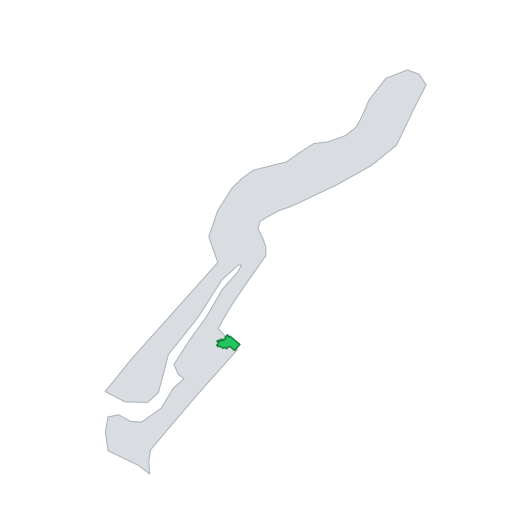 location of Foni Jarrol, West Coast, Gambia, rotated 311°
{"feature_id": "56634734B7386392108855", "entity_name": "Foni Jarrol", "entity_type": "district", "adm_level": 2, "iso_a3": "GMB", "parent_name": "Gambia", "parent_adm1": "West Coast", "projection": "albers", "projection_center": [-15.848, 13.224], "detail": "fine", "context": "in_parent", "style": "filled", "palette": "green", "viewbox_px": 512, "rotation_deg": 311, "n_neighbors": 0, "source": "geoboundaries", "source_scale": "gbopen_adm2", "svg_char_len": 2543}
<svg xmlns="http://www.w3.org/2000/svg" viewBox="0 0 512 512"><g transform="rotate(311 256 256)"><path d="M54.8,231.1L96.0,229.6L146.0,230.3L200.4,231.1L226.0,231.4L239.5,207.8L265.0,197.4L291.2,193.4L304.9,194.4L319.3,197.9L347.0,217.2L364.2,221.5L378.8,225.9L389.2,235.3L405.8,244.6L418.8,247.0L426.5,245.5L439.4,241.8L447.8,238.9L475.4,237.5L495.8,248.2L500.1,260.0L496.8,272.1L469.6,278.9L431.9,289.3L400.6,283.9L362.5,270.2L340.3,260.4L331.0,256.5L317.1,250.2L305.0,243.4L293.3,239.0L284.4,236.3L277.8,239.8L274.5,248.2L269.2,257.6L262.5,263.2L230.6,266.5L202.0,270.0L186.7,272.9L176.5,275.1L173.2,303.4L140.8,303.0L109.0,302.7L76.0,303.1L40.5,303.6L31.3,309.3L21.7,318.6L20.8,304.4L11.9,272.2L24.1,258.1L37.3,249.8L46.1,256.5L48.8,269.7L55.6,278.6L78.9,284.3L102.0,280.3L116.1,282.2L115.6,274.9L120.4,265.2L148.4,261.1L178.1,258.4L208.5,252.5L232.3,252.7L239.4,251.1L237.7,248.6L216.3,245.9L170.7,252.6L124.2,254.5L88.9,272.0L74.5,270.3L59.9,252.8L54.8,231.1Z" fill="#d9dde1" stroke="#a8b0b8" stroke-width="1"/><path d="M170.7,301.8L176.4,301.8L177.1,301.8L178.6,301.8L178.6,298.3L178.5,298.1L178.5,295.3L178.4,289.7L178.5,289.2L178.2,289.1L177.7,289.0L177.4,289.0L177.2,289.0L177.1,288.8L177.1,287.9L177.1,287.7L177.2,287.4L177.6,287.2L177.8,287.0L177.9,286.8L177.9,286.7L177.7,286.4L177.6,286.2L177.4,286.2L177.0,286.1L176.3,286.2L176.2,286.2L175.8,285.9L175.6,285.9L175.4,285.9L175.0,285.9L174.8,285.9L174.7,285.9L174.3,286.1L174.1,286.4L174.1,286.6L174.2,286.8L174.2,287.0L173.7,287.2L173.2,287.2L172.8,287.1L172.7,287.0L172.3,286.8L172.2,286.8L172.1,286.7L172.0,286.4L171.9,286.3L171.8,286.2L171.7,286.2L171.4,286.3L171.2,286.5L171.0,286.9L170.8,286.9L170.7,286.9L170.4,286.3L170.3,286.0L170.2,285.8L170.2,285.7L170.5,285.3L170.6,285.1L170.6,284.8L170.6,284.7L170.2,284.2L169.6,284.1L169.2,284.2L169.0,284.3L169.0,284.5L169.0,284.8L168.8,284.9L168.6,284.9L168.4,284.9L168.2,284.8L167.7,284.7L167.6,284.3L167.9,284.1L168.0,284.0L168.1,283.7L167.6,282.9L167.2,282.7L166.7,282.5L166.3,282.5L166.1,282.6L166.0,283.0L165.8,283.3L165.9,283.7L166.0,283.8L166.1,284.0L165.9,284.4L165.5,284.7L164.5,285.1L164.4,285.1L164.0,285.1L163.9,285.1L163.4,284.8L163.1,284.9L163.0,285.1L163.0,285.3L163.1,285.8L162.8,286.2L162.6,286.4L162.9,286.6L163.2,286.9L163.6,286.9L163.7,287.1L163.7,287.7L164.2,288.7L164.3,289.2L164.7,289.5L164.8,289.8L164.7,290.6L164.6,291.3L164.6,291.5L166.8,293.1L166.8,294.8L168.2,294.7L168.7,294.7L169.1,294.6L170.6,295.7L170.7,297.8L170.7,300.3L170.7,301.8Z" fill="#22c55e" stroke="#15803d" stroke-width="1.5"/></g></svg>